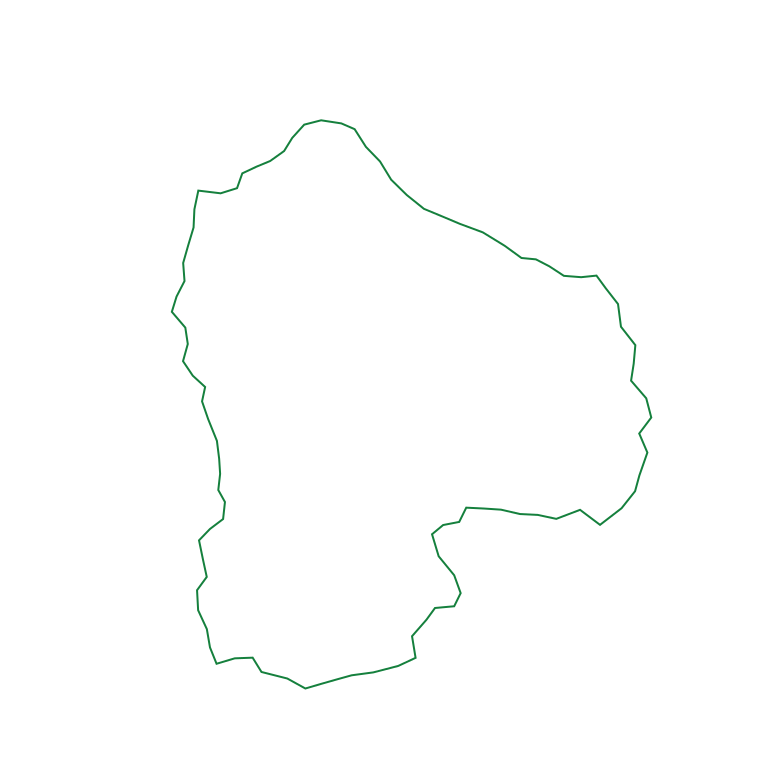 outline of Piedade de Ponte Nova, Minas Gerais, Brazil, rotated 71°
{"feature_id": "56859067B78649658437346", "entity_name": "Piedade de Ponte Nova", "entity_type": "district", "adm_level": 2, "iso_a3": "BRA", "parent_name": "Brazil", "parent_adm1": "Minas Gerais", "projection": "orthographic", "projection_center": [-42.716, -20.24], "detail": "fine", "context": "isolated", "style": "outline", "palette": "green", "viewbox_px": 768, "rotation_deg": 71, "n_neighbors": 0, "source": "geoboundaries", "source_scale": "gbopen_adm2", "svg_char_len": 1353}
<svg xmlns="http://www.w3.org/2000/svg" viewBox="0 0 768 768"><g transform="rotate(71 384 384)"><path d="M648.0,524.1L648.9,509.4L653.2,488.0L655.2,462.3L653.2,443.3L631.6,439.6L620.7,420.6L612.4,408.7L617.0,390.0L606.7,379.6L587.7,379.9L564.7,388.4L541.7,387.5L536.6,374.0L538.9,357.8L527.7,346.5L534.3,330.0L540.9,314.3L551.2,297.8L557.8,281.3L567.6,265.0L566.8,239.6L587.5,225.6L578.8,199.8L567.1,181.5L553.6,172.3L534.6,157.3L513.9,158.8L502.7,142.2L482.9,140.7L461.3,149.3L446.1,141.3L429.1,133.7L407.0,141.3L384.6,136.7L365.6,143.2L350.7,147.8L347.2,162.8L340.3,178.7L326.5,189.4L315.6,199.8L309.6,213.0L292.6,224.9L272.8,241.2L257.3,260.1L243.8,275.2L231.4,289.2L212.8,300.9L193.2,310.7L172.3,315.3L153.9,323.9L133.5,328.8L123.7,339.5L114.2,357.6L112.8,375.0L121.4,390.6L131.2,402.6L136.1,419.1L137.0,433.8L138.7,449.4L151.0,459.2L150.5,476.4L140.7,496.6L157.1,506.4L174.0,513.1L189.3,524.1L204.2,534.5L221.7,539.1L233.8,551.7L246.7,561.1L266.0,553.5L282.3,556.5L297.0,566.6L313.9,562.1L328.6,554.1L341.2,561.7L359.9,561.7L383.4,560.5L401.0,564.2L415.6,568.2L430.3,575.2L443.8,572.8L459.3,580.1L464.4,595.7L471.6,609.8L490.9,612.3L508.7,614.4L518.1,627.9L537.4,633.4L558.1,631.3L576.4,634.3L594.0,633.4L594.8,614.4L600.0,597.3L616.4,593.6L631.0,571.3L646.3,557.5L647.1,540.6L648.0,524.1Z" fill="none" stroke="#15803d" stroke-width="2"/></g></svg>